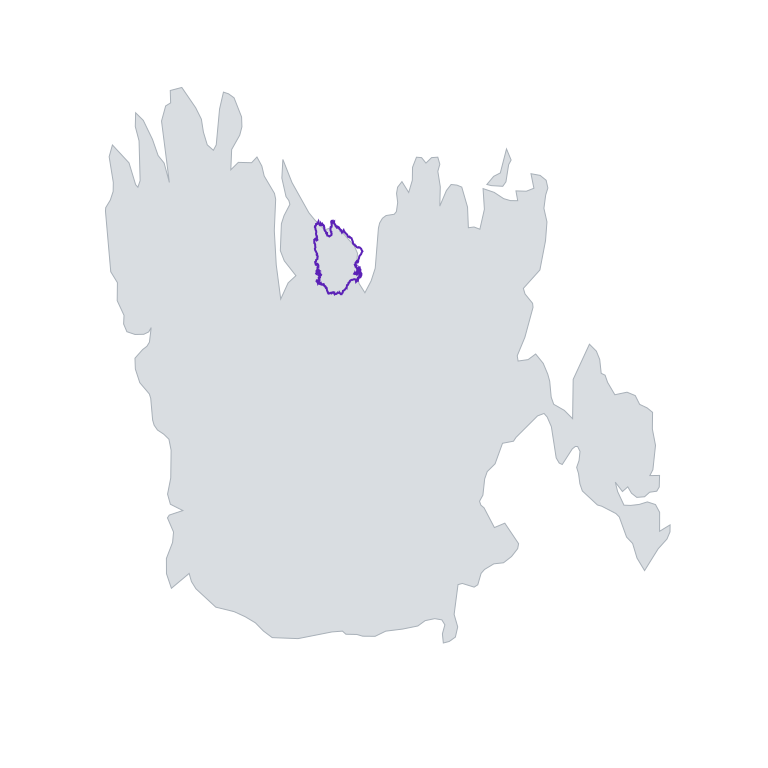 Ennistimon Lea-4, Clare, Ireland shown in context, rotated 98°
{"feature_id": "5873133B68826952408481", "entity_name": "Ennistimon Lea-4", "entity_type": "district", "adm_level": 2, "iso_a3": "IRL", "parent_name": "Ireland", "parent_adm1": "Clare", "projection": "natural_earth1", "projection_center": [-9.187, 53.0], "detail": "fine", "context": "in_parent", "style": "outline", "palette": "violet", "viewbox_px": 768, "rotation_deg": 98, "n_neighbors": 0, "source": "geoboundaries", "source_scale": "gbopen_adm2", "svg_char_len": 9609}
<svg xmlns="http://www.w3.org/2000/svg" viewBox="0 0 768 768"><g transform="rotate(98 384 384)"><path d="M501.8,122.5L482.9,132.5L480.0,136.3L474.7,151.4L474.1,155.8L462.3,172.7L455.6,176.1L445.6,178.9L439.8,181.6L432.6,180.2L423.5,180.5L419.0,183.5L419.2,185.8L422.0,188.5L438.9,196.3L437.9,199.5L433.2,203.2L403.0,212.3L394.0,217.8L390.9,221.4L394.2,227.5L418.4,245.8L422.6,247.8L426.2,258.4L447.6,262.9L456.4,269.6L463.9,271.1L480.3,270.6L486.8,273.1L490.5,271.2L492.7,267.7L510.8,254.7L505.0,245.0L523.4,228.5L528.4,228.7L537.1,233.7L544.4,240.8L546.8,250.2L553.6,258.6L558.0,261.5L569.8,263.2L572.6,266.5L570.6,278.7L572.4,282.8L602.4,282.5L614.3,277.2L624.7,278.1L629.9,283.6L632.2,289.2L623.3,291.4L614.0,290.2L609.5,293.9L609.3,301.1L612.6,310.3L618.9,316.8L624.1,331.5L628.5,347.9L635.1,357.7L636.7,370.0L635.8,376.0L637.1,386.9L634.5,390.7L636.7,400.9L648.1,433.7L650.7,459.4L645.4,469.0L638.4,478.1L633.8,489.0L630.3,500.7L628.4,519.5L613.0,541.7L606.4,547.2L598.7,550.6L615.9,566.1L602.1,573.0L587.0,575.2L570.3,571.3L559.9,571.8L546.7,579.8L543.7,578.4L537.3,565.6L532.8,578.8L523.2,583.0L506.7,582.1L479.2,585.6L468.6,589.3L464.3,595.2L461.1,601.9L456.8,605.9L451.9,608.1L430.7,613.0L426.5,615.0L416.7,626.0L403.8,632.3L393.1,634.2L383.5,627.8L379.6,624.0L375.2,622.1L360.5,622.4L365.2,624.3L368.2,628.8L369.6,637.4L368.0,645.9L360.8,650.2L352.2,651.0L338.6,659.8L320.7,662.1L310.9,670.2L251.5,683.9L248.1,684.1L239.9,680.6L231.0,679.0L222.1,680.1L197.2,687.8L185.1,686.2L200.5,667.3L221.2,657.7L223.4,655.1L216.6,653.8L177.3,660.4L163.7,666.1L150.0,667.7L156.4,659.1L174.0,647.3L189.2,639.5L195.8,632.5L214.3,624.6L154.6,640.9L139.0,638.9L135.3,634.4L123.1,636.5L118.5,625.5L136.7,608.9L147.2,601.7L159.7,597.9L171.8,592.3L176.3,585.5L170.6,583.4L134.6,585.1L117.3,583.6L118.3,578.3L121.5,572.3L139.4,562.2L149.1,560.5L157.7,561.5L173.0,567.5L193.2,565.5L184.8,559.1L183.3,545.9L176.9,541.4L185.2,535.3L194.7,531.6L210.5,519.0L216.1,517.0L247.3,514.0L281.0,507.3L314.3,498.1L297.2,493.0L289.0,486.3L275.9,499.9L266.4,505.2L239.6,507.9L231.1,506.4L219.2,502.2L215.5,503.8L212.1,507.1L194.3,513.8L175.7,515.4L197.4,503.1L224.9,482.2L231.0,475.6L239.7,464.2L237.0,459.1L231.4,456.2L251.3,432.7L258.3,428.4L271.0,427.8L280.3,424.0L284.4,424.0L288.1,422.6L296.3,415.6L283.7,411.1L270.6,408.8L230.4,411.2L225.1,410.7L220.1,408.6L216.9,405.4L214.5,397.5L211.5,395.7L202.4,395.7L193.5,398.1L187.2,397.9L181.1,394.4L190.9,386.2L178.3,384.3L165.5,385.9L154.9,383.4L154.6,378.3L159.4,373.2L153.2,368.4L151.9,362.3L158.6,359.3L165.9,360.3L180.9,355.7L200.1,353.5L183.7,349.1L177.1,345.3L176.9,339.4L178.2,334.4L197.2,325.9L217.5,322.2L216.0,316.7L217.4,310.6L197.0,308.9L176.7,313.1L178.9,301.6L183.8,291.3L184.8,284.4L183.9,277.1L174.4,280.2L173.3,269.9L169.3,262.8L155.3,267.7L155.7,258.4L159.7,251.8L167.1,249.0L174.3,250.2L187.8,250.1L200.8,245.2L219.6,244.0L249.4,245.5L269.9,259.3L275.2,256.9L283.4,248.1L287.3,247.1L318.2,251.0L337.5,256.0L342.6,254.4L339.8,244.7L333.2,238.0L341.4,229.2L351.5,223.2L358.2,220.3L373.8,216.6L380.5,213.1L385.0,201.8L392.1,192.4L353.1,197.3L316.0,186.1L321.9,178.3L329.7,173.8L343.2,170.4L344.5,166.3L351.3,162.8L362.5,153.9L358.3,142.2L360.5,133.6L368.6,128.0L371.1,120.0L374.7,114.1L391.2,112.0L407.0,106.6L431.4,105.8L437.7,108.0L436.2,98.4L447.7,97.1L452.2,99.0L454.2,105.9L459.4,110.3L461.1,117.9L457.7,123.7L451.9,128.3L457.3,132.9L449.0,141.3L458.0,137.7L470.6,129.5L469.9,122.8L467.7,114.4L464.1,106.8L465.6,98.4L472.7,93.2L491.5,90.6L483.7,81.1L490.6,80.2L498.1,82.2L509.1,89.6L532.5,100.0L521.2,109.2L507.3,115.6L501.8,122.5ZM172.6,305.4L172.1,309.9L163.1,304.3L158.8,298.2L134.2,295.4L144.5,289.3L149.5,291.1L166.8,291.4L171.7,293.9L172.6,305.4Z" fill="#d9dde1" stroke="#a8b0b8" stroke-width="1"/><path d="M286.6,425.9L286.1,425.6L285.7,425.7L285.4,425.4L284.2,425.4L283.9,425.1L284.9,424.6L284.7,424.5L284.8,424.3L284.1,424.4L284.0,424.2L282.7,424.5L282.7,424.2L281.9,423.9L282.1,423.6L281.2,423.4L281.3,423.2L280.3,423.3L280.4,423.5L279.7,423.4L278.9,423.6L277.1,423.4L276.2,423.1L273.9,423.3L272.8,424.4L271.8,424.3L271.0,424.6L272.3,424.7L272.9,425.4L273.2,425.2L273.3,424.9L273.1,424.9L273.4,424.7L274.4,424.6L274.8,425.0L274.9,425.6L275.5,425.5L276.2,424.9L276.9,424.9L277.6,425.8L278.0,425.8L277.8,426.1L278.7,426.2L278.4,426.4L278.9,426.7L278.5,427.1L278.5,427.5L278.8,427.8L278.5,428.0L278.9,428.0L279.1,428.4L279.0,428.9L278.5,428.7L278.7,428.1L278.2,428.1L278.3,427.9L277.8,427.8L277.6,427.5L277.5,427.2L277.0,426.4L275.3,426.3L275.9,426.0L276.3,425.6L275.2,425.8L275.5,426.0L275.1,426.3L274.4,426.1L274.5,426.0L273.0,426.6L272.3,427.4L271.6,427.5L272.5,427.5L272.2,427.7L272.0,428.2L271.4,428.0L271.5,428.2L271.4,428.3L271.5,428.4L270.8,429.1L270.5,429.2L270.3,429.0L270.0,429.3L269.7,428.8L269.2,429.4L269.3,429.6L269.0,429.2L268.6,429.0L268.4,429.1L267.9,428.7L267.8,428.9L267.4,428.7L265.9,427.9L265.4,427.1L265.0,426.9L266.9,426.8L267.5,427.2L267.0,426.8L266.2,426.6L264.7,426.8L263.0,426.3L260.9,426.2L258.5,424.7L256.8,424.4L255.6,423.8L254.2,425.0L253.3,425.4L252.1,427.2L252.4,427.9L252.2,428.3L252.4,428.4L252.6,429.4L252.0,430.4L251.5,430.8L251.4,431.1L251.1,431.3L251.1,431.7L250.0,432.5L250.1,433.1L249.9,433.5L249.0,434.3L247.8,434.5L244.1,436.5L243.9,437.2L243.3,438.1L243.5,438.3L243.2,438.6L243.4,438.7L243.0,439.2L243.3,439.9L242.0,441.0L241.1,441.3L240.6,442.4L239.7,443.2L239.5,444.0L238.6,444.3L237.9,445.0L238.5,445.4L238.2,445.7L238.3,445.8L239.9,446.7L238.0,447.9L238.0,448.2L237.5,448.1L237.4,448.6L236.8,449.0L236.8,449.6L235.3,450.3L235.2,450.5L235.5,450.6L235.2,451.0L235.7,451.0L235.7,451.7L235.0,452.2L235.5,452.6L235.1,452.9L235.0,453.2L234.3,453.5L234.3,453.9L232.9,454.5L232.9,454.9L232.3,455.4L231.3,455.9L230.2,456.0L230.8,456.6L230.3,456.6L229.6,457.2L230.4,457.7L229.7,458.4L229.8,458.6L230.8,458.9L231.4,458.7L231.5,458.3L232.2,458.4L234.5,457.8L235.6,457.8L235.7,458.1L235.9,458.2L236.0,458.6L238.9,458.5L240.6,457.7L240.7,457.3L241.5,457.3L242.3,456.8L243.8,456.8L245.5,458.7L244.9,459.8L244.9,460.8L243.8,461.3L242.7,461.4L242.9,461.8L242.5,462.0L242.6,462.3L242.0,462.4L240.9,463.1L240.9,463.4L240.1,464.2L239.0,464.5L238.6,464.6L238.5,464.8L237.1,464.9L236.8,465.3L236.1,465.4L236.1,465.6L235.9,465.6L235.9,465.8L235.5,466.1L234.9,466.2L234.7,466.7L234.9,467.0L234.3,467.3L234.5,467.4L234.4,467.8L234.5,468.1L233.7,468.9L235.5,468.6L235.6,468.9L235.1,469.2L235.1,469.5L234.8,469.7L235.2,470.0L234.3,470.6L234.3,470.4L234.0,470.5L233.7,471.2L232.5,471.6L233.9,472.0L234.1,472.1L234.0,472.3L234.8,472.4L235.0,473.5L236.7,473.5L237.1,474.2L237.6,474.3L238.3,474.3L239.0,473.7L240.8,473.2L241.8,472.5L243.2,472.2L244.6,472.3L246.7,471.5L246.8,471.1L247.9,470.7L248.4,471.1L250.5,470.0L251.1,470.6L250.2,471.2L250.1,471.5L250.3,471.8L249.9,472.0L250.0,472.2L249.9,472.4L251.0,473.2L252.0,472.8L252.8,472.9L254.3,472.5L254.4,472.1L255.7,471.5L256.8,471.4L258.3,470.9L259.7,471.3L261.4,470.6L262.2,469.8L263.4,469.2L264.2,468.4L265.2,468.2L265.4,468.6L266.0,468.4L266.3,467.7L267.3,467.3L268.0,467.6L269.4,467.3L270.6,468.5L271.8,468.4L272.6,468.7L272.7,469.1L273.5,469.0L274.1,468.3L274.5,468.5L275.0,468.3L274.6,467.8L275.3,467.4L274.4,466.6L274.6,466.4L274.6,466.2L275.6,465.5L277.2,465.3L277.2,465.6L277.0,465.8L278.1,466.1L279.2,465.8L280.4,466.1L280.9,465.8L281.1,466.1L281.7,465.7L281.9,466.4L283.1,465.8L283.6,466.0L283.5,466.3L284.0,466.6L284.4,466.2L284.0,465.8L283.7,465.9L283.8,465.6L283.5,465.2L282.6,465.5L282.5,465.2L282.3,465.2L280.0,465.4L279.9,465.0L280.6,465.0L280.5,464.4L280.8,464.3L280.7,464.0L280.8,463.8L281.0,464.3L282.3,464.0L282.6,464.2L282.6,463.9L282.9,463.8L282.7,463.6L283.2,463.6L283.3,462.5L284.3,462.3L284.7,461.5L285.0,461.6L284.9,462.6L285.4,463.2L285.0,463.7L285.3,464.1L286.0,463.3L285.9,463.0L286.3,462.5L287.4,462.2L287.6,462.5L287.5,463.1L287.9,463.4L288.4,463.0L288.7,463.1L288.9,462.7L289.5,462.7L290.0,462.3L290.7,462.9L291.0,462.8L291.1,463.0L290.7,463.6L290.6,464.6L290.9,464.7L290.9,465.0L291.7,465.1L292.0,464.7L291.7,464.6L292.1,464.1L291.5,463.9L291.9,463.6L291.8,463.2L292.3,463.2L292.9,463.7L293.6,463.4L293.1,463.2L292.8,462.8L292.7,462.3L293.8,461.9L293.9,461.4L293.4,461.0L292.6,461.2L292.4,460.8L294.2,459.8L293.9,459.4L294.2,458.6L293.5,458.1L293.5,457.6L294.5,457.1L294.7,457.3L295.4,456.4L295.2,456.1L295.3,455.9L296.2,455.4L296.1,455.2L296.6,455.0L296.7,454.6L297.1,454.6L297.1,454.1L299.2,453.5L300.2,452.9L300.3,452.6L301.4,452.3L302.1,451.7L301.7,451.2L302.0,450.9L301.8,450.3L301.1,449.4L301.6,448.6L301.1,448.1L300.6,448.1L300.3,447.4L300.5,447.1L300.1,446.5L300.2,446.1L300.8,446.3L302.0,445.4L301.7,445.2L301.7,444.7L301.4,444.4L301.4,443.6L299.9,442.6L300.1,442.3L300.1,441.6L300.0,440.7L299.7,440.7L301.1,439.3L301.0,438.5L300.1,438.3L299.3,437.6L297.5,437.6L297.2,437.0L295.9,435.8L294.5,435.1L294.3,434.8L293.5,434.5L293.6,434.4L291.4,434.4L291.4,434.2L291.0,433.6L289.6,433.3L289.4,433.0L288.6,433.2L287.9,432.3L287.4,432.1L287.0,432.2L286.4,431.9L285.4,430.7L285.3,429.7L284.6,428.7L284.3,427.6L284.7,426.8L284.5,426.5L284.6,426.0L285.7,426.2L286.6,425.9ZM281.1,422.1L280.8,422.0L280.2,422.1L280.0,421.8L279.5,421.6L277.9,421.7L277.2,422.3L278.3,423.2L279.0,423.3L279.6,422.9L281.0,422.6L280.3,422.4L280.8,422.1L281.0,422.3L281.1,422.1ZM274.5,425.3L274.1,425.1L274.3,424.8L273.4,425.0L273.6,425.5L273.4,426.1L274.3,425.5L274.5,425.3ZM266.1,427.0L265.8,427.0L266.3,427.0L266.1,427.0ZM237.5,445.3L237.3,445.4L237.5,445.5L237.5,445.3ZM276.6,425.9L276.8,426.0L276.9,425.9L276.7,425.8L276.6,425.9ZM280.1,423.4L279.9,423.3L280.1,423.4ZM268.1,427.4L267.8,427.2L267.7,427.2L268.1,427.4Z" fill="none" stroke="#5b21b6" stroke-width="2"/></g></svg>